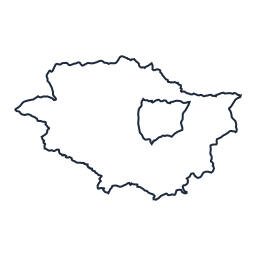 Rapale, Nampula, Mozambique
{"feature_id": "85939544B86182788788384", "entity_name": "Rapale", "entity_type": "district", "adm_level": 2, "iso_a3": "MOZ", "parent_name": "Mozambique", "parent_adm1": "Nampula", "projection": "orthographic", "projection_center": [39.169, -15.142], "detail": "fine", "context": "isolated", "style": "outline", "palette": "slate", "viewbox_px": 256, "rotation_deg": 0, "n_neighbors": 0, "source": "geoboundaries", "source_scale": "gbopen_adm2", "svg_char_len": 5798}
<svg xmlns="http://www.w3.org/2000/svg" viewBox="0 0 256 256"><path d="M240.6,95.7L240.3,95.9L240.0,95.6L239.4,95.6L239.2,95.1L238.8,94.9L238.0,95.0L235.9,93.4L234.3,93.0L233.6,93.2L233.3,93.7L232.5,93.8L230.1,93.1L224.6,93.5L223.6,92.7L221.1,93.2L218.4,94.4L216.3,94.9L216.0,96.2L215.1,96.2L214.5,95.8L212.3,95.9L212.0,95.3L211.0,94.8L209.6,94.9L207.0,95.7L205.9,95.6L204.8,96.2L204.1,96.2L203.1,96.0L201.8,95.0L200.5,94.9L199.3,95.3L198.1,95.3L193.6,93.5L192.7,94.3L190.8,94.4L188.3,93.4L187.3,93.4L184.4,91.6L181.9,91.5L181.5,91.7L181.0,91.1L181.0,90.5L181.6,89.9L181.6,88.9L181.2,88.3L180.6,88.1L181.0,85.7L180.6,85.1L178.5,84.5L178.1,83.9L178.2,83.1L177.9,82.8L176.7,83.0L175.0,82.1L173.5,82.4L172.1,82.2L171.1,82.6L169.5,82.0L168.3,82.0L167.9,81.7L167.9,80.3L167.6,79.9L165.9,79.3L162.3,74.9L161.6,73.4L160.3,72.3L160.2,70.6L160.0,70.2L157.9,69.3L156.7,69.4L154.4,70.2L153.5,70.1L152.5,69.3L152.6,65.6L151.6,63.3L148.4,65.6L145.7,66.9L144.7,67.9L144.0,67.3L141.1,67.5L140.4,67.1L139.2,65.8L138.7,63.4L136.1,61.4L134.2,59.1L133.7,59.3L131.7,59.4L130.8,60.2L130.4,60.1L128.8,58.9L127.6,58.8L127.0,58.0L126.0,57.8L123.2,56.5L121.3,56.3L119.8,57.3L118.0,60.4L116.3,62.6L114.6,63.3L110.4,63.2L108.4,63.9L107.6,63.1L106.7,62.9L104.3,62.7L102.8,61.4L101.9,60.9L100.9,60.8L99.1,61.1L96.9,62.2L92.9,63.3L90.6,63.3L88.6,63.0L87.4,63.1L82.6,65.7L82.2,65.6L80.8,64.3L79.8,62.7L78.8,62.4L77.8,62.5L76.5,63.3L74.6,63.6L70.0,65.2L68.9,65.0L67.2,63.2L66.6,62.9L62.6,63.1L61.6,63.6L61.0,64.2L59.4,64.6L57.3,63.8L55.7,64.4L52.4,71.2L51.4,71.7L50.0,70.7L49.5,70.7L46.9,74.7L46.6,75.9L46.7,76.8L47.5,78.3L47.5,80.9L49.3,82.8L51.7,87.5L53.0,92.0L53.0,94.7L53.7,95.9L55.5,97.9L56.0,99.4L55.5,99.8L53.9,100.1L53.2,99.1L51.8,98.1L47.3,96.4L45.6,96.6L43.5,96.4L41.0,97.4L39.7,97.2L37.9,96.3L37.5,96.8L33.2,99.5L28.7,100.3L24.0,101.7L22.3,103.1L20.4,105.7L17.8,107.8L15.7,109.0L15.4,109.9L16.5,111.0L19.3,111.6L20.1,112.4L20.6,113.5L22.4,114.5L24.8,115.0L26.8,114.4L28.5,114.3L30.5,115.0L31.7,116.0L35.1,117.3L35.6,118.0L36.9,118.6L37.7,120.8L40.5,121.0L43.1,121.8L44.8,121.8L45.6,122.2L45.9,123.0L45.5,123.7L45.6,124.6L46.6,125.4L47.5,126.9L48.9,127.8L49.1,128.4L49.0,128.7L48.1,129.2L47.5,130.1L47.2,130.8L47.2,132.2L46.2,133.9L41.7,136.9L42.2,137.5L42.2,138.8L43.3,140.3L44.0,140.6L44.0,141.2L43.5,141.6L43.6,142.9L45.1,143.8L45.2,144.3L44.5,145.3L44.6,148.5L45.9,148.8L47.3,149.8L49.3,150.7L51.5,150.2L53.8,151.1L54.8,150.8L56.9,149.6L58.5,149.6L59.1,150.1L59.0,151.6L59.3,152.6L60.2,153.9L61.7,154.3L62.1,155.3L63.4,155.3L63.7,154.9L65.2,155.2L66.1,155.9L65.7,156.5L65.8,157.1L66.7,157.5L68.5,157.5L69.2,157.0L70.0,157.2L71.6,158.1L71.8,159.8L73.3,160.9L74.1,160.9L76.6,162.5L78.5,162.8L79.9,162.6L81.9,163.0L83.7,162.9L84.4,163.3L84.4,163.9L85.6,164.3L87.6,164.4L87.7,165.0L87.3,165.8L88.0,166.5L88.2,167.3L89.5,167.6L89.5,168.2L89.9,168.4L92.0,168.6L92.1,168.9L91.7,169.5L92.5,170.5L95.1,171.5L95.5,172.8L96.7,173.1L98.5,175.1L99.4,175.1L101.5,175.9L101.5,176.5L99.4,178.6L99.5,179.3L100.8,181.0L100.8,181.3L100.1,181.7L99.2,182.7L97.6,185.6L97.7,187.8L98.1,188.6L99.1,188.5L101.1,187.9L102.1,188.2L103.9,188.2L104.1,188.5L103.2,189.2L103.1,189.6L104.4,191.4L105.9,192.4L107.5,192.5L108.3,193.2L110.3,189.1L111.7,187.7L112.4,185.9L114.7,185.5L116.2,185.5L119.9,186.8L122.2,186.3L124.4,185.1L125.8,184.7L127.6,183.3L129.4,182.9L129.9,184.4L130.5,184.9L131.2,184.4L131.6,183.5L133.4,184.3L137.3,184.5L137.5,185.1L137.3,186.7L140.2,187.1L143.7,189.3L144.4,190.3L147.1,191.1L148.3,192.5L150.1,193.4L152.7,194.2L154.2,195.4L154.7,196.2L154.4,196.8L153.5,197.6L153.6,199.3L154.5,199.3L156.1,199.7L157.5,198.7L158.7,198.2L159.4,197.3L160.2,196.8L160.7,196.0L165.8,193.7L166.6,193.6L168.0,195.0L168.7,195.2L170.4,194.9L171.8,194.4L174.5,194.9L175.1,194.5L175.5,193.7L176.5,190.4L178.6,189.8L181.0,189.8L182.2,192.1L182.9,192.6L185.0,193.4L186.3,193.2L186.6,193.0L186.6,192.0L184.9,191.4L184.3,190.8L183.2,188.6L182.7,186.5L183.4,185.4L184.7,185.3L186.0,184.7L187.5,183.4L188.0,181.1L187.6,179.6L186.8,178.4L188.8,177.3L189.8,176.4L191.0,173.9L192.3,173.4L193.5,173.5L194.0,174.1L194.7,175.8L195.6,176.3L196.7,177.5L198.2,177.9L199.9,177.3L201.0,176.6L203.3,172.8L204.6,172.1L206.0,171.7L208.1,171.7L211.2,172.6L212.5,171.7L213.6,169.7L214.0,168.5L213.4,166.4L212.7,165.7L213.1,165.0L213.2,163.6L212.1,162.1L211.1,161.6L211.0,161.3L211.0,160.3L211.6,159.2L211.7,157.8L211.6,156.3L210.3,153.8L210.8,148.9L210.4,146.3L210.6,145.4L212.6,144.6L216.4,144.4L216.8,143.4L216.6,140.5L217.0,139.2L221.1,137.3L223.1,135.6L225.6,134.3L228.2,132.6L229.7,131.2L231.4,130.9L232.1,131.2L234.4,131.4L235.6,132.2L236.4,131.5L236.8,129.4L235.9,126.8L236.3,124.6L235.6,121.6L234.9,120.6L232.5,118.2L231.8,117.1L231.1,112.9L230.3,110.9L229.2,109.3L229.0,108.5L229.2,108.1L230.2,107.5L231.2,106.4L235.1,100.1L236.1,99.1L237.7,98.1L240.0,97.2L240.4,96.7L240.6,95.7ZM138.2,114.3L138.7,109.6L139.7,107.8L141.3,106.2L141.6,105.1L141.5,102.5L141.9,101.2L143.3,99.0L144.4,100.0L145.4,100.3L147.2,100.2L148.7,101.2L151.9,100.8L152.0,101.3L151.7,102.0L152.6,102.5L156.2,100.3L158.4,99.7L159.1,99.9L160.6,101.2L162.5,101.2L163.9,100.4L164.9,100.4L166.1,100.8L167.0,102.2L167.6,102.7L170.0,103.3L170.3,103.1L170.4,102.4L171.1,102.0L173.3,101.7L175.5,100.9L177.1,100.7L180.7,101.2L183.2,102.9L185.7,102.9L188.3,102.0L189.6,101.9L188.6,104.7L185.5,110.3L183.5,112.6L182.8,114.1L182.6,119.3L181.0,122.3L181.2,123.9L182.4,127.9L182.3,129.9L177.6,131.8L174.5,133.8L171.7,136.7L168.9,135.7L166.9,135.4L164.8,136.0L163.5,135.6L162.5,135.7L160.8,137.0L159.0,137.3L155.9,140.0L154.8,140.5L154.3,140.4L153.9,141.2L153.0,141.5L152.7,142.7L152.1,142.9L151.7,143.9L150.5,142.2L150.4,140.3L149.9,139.5L149.2,139.2L145.7,139.6L144.9,139.4L143.3,138.0L142.0,135.0L139.9,132.6L138.2,123.4L138.6,117.9L138.2,114.3Z" fill="none" stroke="#1e293b" stroke-width="2"/></svg>